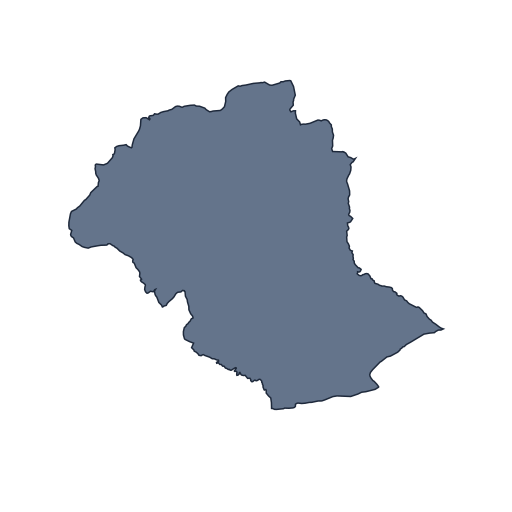 Pulí, Cundinamarca, Colombia (Albers equal-area conic projection), rotated 54°
{"feature_id": "7082276B22739644455083", "entity_name": "Pulí", "entity_type": "district", "adm_level": 2, "iso_a3": "COL", "parent_name": "Colombia", "parent_adm1": "Cundinamarca", "projection": "albers", "projection_center": [-74.663, 4.689], "detail": "fine", "context": "isolated", "style": "filled", "palette": "slate", "viewbox_px": 512, "rotation_deg": 54, "n_neighbors": 0, "source": "geoboundaries", "source_scale": "gbopen_adm2", "svg_char_len": 6101}
<svg xmlns="http://www.w3.org/2000/svg" viewBox="0 0 512 512"><g transform="rotate(54 256 256)"><path d="M388.5,333.0L389.3,332.1L390.9,331.2L392.1,329.7L395.7,323.5L395.9,322.2L398.5,318.9L400.6,315.4L401.1,313.8L400.8,312.5L399.1,311.2L399.2,309.5L399.7,308.4L402.2,305.7L404.0,302.7L405.8,298.9L407.1,297.0L409.8,291.0L411.9,288.0L412.8,285.1L414.9,276.5L416.8,272.7L425.3,262.0L427.6,254.6L428.3,250.6L430.4,246.8L433.9,238.0L434.2,234.0L433.8,233.6L430.9,233.6L426.8,234.1L425.4,234.7L422.0,234.7L420.2,234.4L418.9,233.8L417.5,231.9L416.5,228.4L414.7,217.9L414.9,216.6L414.6,209.4L416.0,206.1L417.1,197.9L416.7,194.8L416.1,194.1L416.2,192.2L415.8,190.9L416.4,189.3L416.0,186.4L416.6,181.5L417.9,166.1L420.4,160.9L422.9,156.7L422.7,155.1L423.1,152.0L424.6,149.9L425.1,147.3L423.2,148.6L421.3,149.4L416.8,150.7L413.2,152.1L410.7,152.1L409.2,152.8L405.5,153.2L402.9,152.5L400.7,153.6L398.1,153.4L393.6,154.2L392.4,154.9L392.1,156.0L391.7,156.5L384.6,160.1L382.7,160.5L380.9,160.5L378.8,161.6L375.5,161.3L374.1,161.7L373.0,162.5L372.5,163.9L370.7,164.8L369.3,164.6L369.2,164.1L368.8,164.0L366.6,164.7L365.7,165.6L364.0,165.7L362.4,164.8L361.1,165.1L359.4,166.5L357.5,168.6L355.7,169.9L354.3,171.9L353.4,172.3L352.5,173.2L350.5,173.9L348.1,175.8L346.9,175.7L345.7,175.0L343.9,175.7L342.6,175.5L341.9,176.3L339.0,175.6L336.2,175.9L335.1,177.0L334.5,178.2L334.5,179.3L333.9,180.4L333.9,182.0L333.6,182.8L332.3,184.0L330.0,184.6L329.6,184.4L329.0,183.2L328.5,183.0L329.4,182.2L329.8,181.3L329.5,180.2L328.6,178.8L326.4,179.4L325.5,180.3L321.2,180.8L319.4,180.6L317.9,179.6L315.9,179.6L315.1,178.6L313.2,177.7L312.0,176.6L309.7,176.5L308.6,175.1L306.9,176.3L304.3,176.0L303.0,174.7L300.4,174.1L297.9,174.0L293.9,171.5L293.0,170.2L289.2,168.1L288.9,165.8L288.3,164.7L287.1,164.2L285.4,164.0L283.0,162.6L283.8,160.5L283.9,159.4L282.5,155.7L279.5,156.2L278.1,156.9L277.1,156.8L276.3,155.8L275.9,154.7L274.5,153.3L272.2,152.4L271.5,151.6L267.6,150.4L266.6,149.1L263.9,147.9L262.2,145.9L262.2,145.2L261.5,144.2L258.3,142.0L251.6,139.6L249.2,139.0L248.2,138.3L247.0,137.0L245.0,133.3L244.6,132.1L242.4,129.0L239.8,126.8L237.5,126.1L236.7,123.3L236.9,122.1L235.5,118.3L235.3,119.5L234.7,120.4L232.1,121.5L229.9,123.2L225.6,122.9L223.3,123.8L223.2,124.3L222.5,124.5L222.0,125.6L216.5,132.6L213.6,131.7L212.1,129.3L207.3,126.1L205.9,124.2L203.9,122.3L200.6,121.3L198.1,119.6L195.6,119.0L194.2,118.0L191.6,118.3L189.9,118.1L188.4,118.5L187.0,119.3L185.9,120.7L185.4,121.8L185.0,123.8L183.4,124.9L182.4,126.0L180.4,134.3L178.3,138.8L177.4,139.7L176.3,141.7L176.0,142.9L173.2,141.9L169.0,142.5L163.6,140.2L161.7,138.7L160.5,140.5L159.9,143.0L157.8,142.9L157.3,142.5L156.9,141.3L155.9,137.2L153.2,135.5L152.3,134.2L151.2,133.3L149.0,129.7L140.9,126.0L134.7,124.9L133.9,125.5L131.6,129.4L131.0,131.6L129.7,133.4L130.0,135.1L127.3,142.7L125.7,144.5L120.4,146.8L119.4,149.3L118.6,149.9L118.3,150.9L114.8,156.7L111.7,163.8L109.9,167.1L109.4,169.0L107.9,170.4L107.2,177.3L107.3,181.5L108.3,184.3L110.0,187.5L113.2,189.7L116.7,193.8L117.3,196.9L117.3,199.3L113.5,205.5L112.8,207.4L112.0,208.8L108.3,210.3L106.3,210.5L101.7,213.6L99.6,216.2L97.7,217.1L95.4,220.7L92.7,226.1L92.3,228.4L89.8,230.0L88.5,231.5L87.8,233.3L87.9,237.9L86.9,240.5L86.8,241.8L84.9,245.8L83.9,248.7L83.7,251.8L82.8,253.1L81.3,254.5L81.7,255.6L81.8,256.6L80.3,259.3L80.2,260.2L80.9,261.4L82.4,261.1L82.9,261.4L83.2,262.1L79.5,263.6L77.8,266.2L77.8,268.8L82.8,273.0L85.0,275.8L85.9,277.4L89.5,285.9L93.3,290.7L95.1,292.4L95.2,293.2L93.9,294.1L91.5,295.4L89.6,295.6L88.5,298.1L86.3,301.9L85.5,304.3L85.5,306.6L87.2,307.5L89.8,310.2L90.1,311.4L89.8,312.2L90.9,312.8L92.0,314.3L93.7,321.7L92.7,325.8L87.8,331.1L87.7,332.0L88.0,332.6L89.4,333.4L90.8,334.9L93.7,336.2L94.8,337.0L96.5,337.6L100.6,337.8L102.9,338.6L104.0,340.4L106.7,342.7L106.4,343.8L107.6,352.4L109.0,354.7L110.3,360.6L110.1,362.0L112.0,369.2L112.0,372.2L112.4,373.6L111.5,379.1L112.8,381.3L118.7,387.5L121.6,389.7L124.1,391.0L127.0,390.0L129.6,393.3L130.8,393.8L131.9,393.8L134.1,393.0L138.4,394.0L140.5,393.5L142.7,392.3L146.2,391.1L148.3,389.6L151.0,387.1L151.8,384.0L154.8,377.8L156.2,375.1L159.2,370.7L159.5,369.5L159.1,368.6L160.3,366.8L163.3,365.8L164.5,365.0L166.0,364.8L168.0,363.9L171.9,363.3L175.5,361.7L177.9,361.1L180.8,359.1L184.2,357.6L186.6,357.4L187.5,358.7L188.8,359.3L190.2,358.7L195.0,359.9L197.3,359.5L200.4,359.5L201.7,360.1L204.1,362.3L207.4,362.2L207.7,362.4L207.5,363.5L208.0,363.9L209.6,363.8L211.8,362.9L214.0,362.4L214.9,362.9L215.8,364.1L217.7,365.8L220.1,366.4L222.0,366.1L222.3,365.6L222.5,365.0L222.5,362.1L224.5,360.2L224.4,359.3L223.7,357.7L223.9,356.9L224.7,358.8L227.7,360.2L229.1,360.5L231.0,360.4L236.5,361.9L240.1,361.3L242.2,361.7L242.4,361.4L242.4,359.8L243.2,357.6L242.2,355.7L241.7,353.3L241.4,348.8L240.9,346.5L239.5,343.2L239.3,341.8L239.4,340.5L240.9,337.9L240.7,335.6L241.9,334.4L242.4,334.7L243.0,334.4L244.2,335.0L247.0,336.7L250.8,337.3L252.8,338.4L257.3,340.0L260.1,341.9L264.4,342.8L267.2,342.6L268.9,343.2L269.2,343.5L268.8,345.2L270.1,347.9L270.1,349.1L270.8,351.0L270.7,352.5L271.6,354.2L271.8,356.1L274.5,359.2L277.2,361.1L280.9,362.5L281.8,362.4L286.2,360.1L289.8,357.7L292.3,362.0L295.5,361.5L296.7,361.9L298.6,360.9L301.0,360.4L302.8,360.5L304.4,359.0L304.5,357.3L304.9,356.5L306.2,356.0L310.7,352.9L313.4,351.8L314.6,350.2L317.1,348.8L318.2,347.6L319.1,348.0L318.9,350.5L319.7,350.8L320.3,349.2L322.5,349.0L323.4,347.8L325.4,347.8L326.4,346.6L328.7,346.6L329.7,345.8L331.6,345.1L332.1,344.2L333.2,344.0L333.9,343.0L334.1,339.4L334.3,338.2L334.8,337.8L335.3,338.0L336.3,341.1L336.8,341.1L337.7,339.7L338.1,339.6L338.9,339.8L340.4,341.2L341.3,341.6L341.8,340.7L341.6,339.0L340.6,338.0L340.7,337.5L343.2,337.8L343.9,337.6L345.3,336.4L346.2,334.9L350.1,334.7L351.3,332.8L352.9,332.9L353.7,333.5L355.1,333.4L355.7,332.6L355.6,330.2L356.1,329.6L357.0,329.3L357.5,328.1L357.6,325.9L358.4,325.1L360.6,324.9L361.6,325.6L362.7,325.6L363.3,326.1L365.2,326.5L366.0,327.3L369.1,328.1L369.4,328.0L369.8,326.6L370.7,326.7L372.9,328.3L376.7,328.1L379.5,327.5L383.7,329.7L388.5,333.0Z" fill="#64748b" stroke="#1e293b" stroke-width="1.5"/></g></svg>